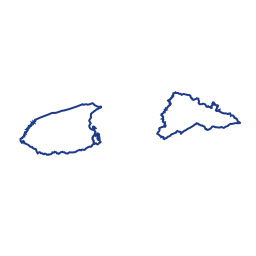 Sucre, Manabi, Ecuador, rotated 56°
{"feature_id": "8360857B16036105102773", "entity_name": "Sucre", "entity_type": "district", "adm_level": 2, "iso_a3": "ECU", "parent_name": "Ecuador", "parent_adm1": "Manabi", "projection": "natural_earth1", "projection_center": [-80.333, -0.56], "detail": "fine", "context": "isolated", "style": "outline", "palette": "blue", "viewbox_px": 256, "rotation_deg": 56, "n_neighbors": 0, "source": "geoboundaries", "source_scale": "gbopen_adm2", "svg_char_len": 5762}
<svg xmlns="http://www.w3.org/2000/svg" viewBox="0 0 256 256"><g transform="rotate(56 128 128)"><path d="M76.9,223.1L78.6,224.3L81.0,224.2L81.1,223.0L80.8,222.6L80.2,222.5L80.3,221.9L81.7,222.0L82.7,222.5L83.0,222.0L83.8,221.6L86.3,220.1L88.9,219.5L90.1,218.1L91.0,218.3L92.9,217.4L93.0,216.9L94.2,216.2L96.3,216.9L98.5,217.0L98.4,215.1L99.1,214.5L100.2,214.4L100.9,213.4L102.5,212.6L102.7,212.2L102.6,211.5L103.2,210.9L104.4,210.1L105.0,210.1L105.4,208.8L105.9,208.6L106.1,207.6L106.6,206.6L106.4,204.5L106.0,204.2L107.0,203.0L107.1,202.5L106.8,202.1L108.3,200.9L109.4,201.1L110.2,199.8L110.7,199.7L110.5,197.5L110.6,196.9L111.0,196.3L111.0,195.7L112.0,195.2L112.4,194.4L114.3,193.7L115.5,192.2L115.3,191.8L115.5,190.0L116.9,188.2L118.5,185.2L118.6,182.3L119.1,180.9L119.1,180.2L120.3,179.4L120.2,178.6L120.6,177.5L121.6,176.7L121.8,176.0L121.5,173.9L121.6,171.4L122.1,169.9L122.7,169.5L122.9,168.9L122.8,168.1L122.3,167.6L122.0,166.4L122.0,165.2L119.1,163.8L117.5,163.7L116.2,163.1L115.4,161.7L114.9,159.7L112.8,157.1L111.2,157.3L110.2,157.8L108.8,159.0L107.8,159.4L106.7,159.6L105.3,159.3L104.3,158.7L103.2,156.3L100.7,156.2L100.0,155.9L98.6,152.8L97.3,152.1L95.7,150.8L95.3,149.3L95.4,148.3L95.1,146.4L95.3,145.4L94.9,143.6L95.4,142.8L95.4,140.8L95.8,139.2L95.8,138.7L95.3,138.4L95.0,138.6L94.3,140.2L93.2,141.3L90.8,142.7L89.3,143.2L88.5,143.1L87.6,143.6L86.8,146.9L86.0,148.5L84.9,149.4L83.7,152.1L82.9,152.4L81.5,158.6L79.5,165.9L77.6,171.6L76.9,172.7L75.4,178.4L74.8,180.0L73.6,181.6L72.9,183.1L72.4,186.1L70.4,194.4L69.3,200.5L69.6,200.9L70.3,200.8L70.5,201.0L70.5,201.3L70.1,201.8L70.5,202.3L71.0,202.5L70.2,202.8L70.8,203.0L71.1,203.6L70.1,203.3L70.1,203.6L70.6,203.6L70.7,204.0L70.5,204.5L70.1,204.7L70.6,204.8L70.9,206.1L71.5,206.1L71.4,206.5L70.8,206.6L71.1,207.3L71.8,206.7L72.1,207.2L71.7,208.2L71.1,208.8L71.8,209.0L71.5,209.4L72.0,209.7L72.2,210.1L71.8,210.1L71.7,210.3L72.3,210.8L72.0,211.4L72.1,211.8L72.6,211.4L72.5,212.5L72.8,212.2L73.3,212.5L73.4,212.0L73.8,212.4L74.1,213.3L74.0,214.1L74.3,214.3L74.2,214.7L74.5,214.8L74.4,215.1L74.7,215.5L74.3,215.8L74.8,216.1L74.8,215.8L75.3,216.0L74.7,216.4L75.3,216.9L75.2,217.5L75.8,218.2L76.5,218.0L76.7,218.7L77.0,218.8L76.6,219.9L76.8,220.2L76.8,221.2L77.2,221.4L76.9,221.9L77.0,222.4L76.9,223.1ZM186.7,31.7L185.8,32.5L184.8,32.7L184.2,33.3L181.7,32.8L180.7,33.2L180.3,33.1L179.9,33.6L179.2,34.1L178.3,34.0L178.2,33.7L176.4,33.9L176.0,34.3L175.8,34.9L175.1,35.4L175.2,35.8L173.0,35.2L172.5,36.1L172.4,37.3L170.8,38.5L169.9,39.7L169.7,40.2L169.2,40.4L168.8,41.0L165.3,43.0L164.1,41.9L163.9,42.7L163.9,44.2L163.4,45.1L162.5,45.3L162.3,45.1L162.2,44.4L161.9,44.3L161.0,42.6L160.7,42.6L160.7,42.1L160.0,41.1L159.3,41.6L159.1,41.4L158.8,42.1L158.3,42.2L157.2,43.1L157.2,42.6L156.2,42.6L155.5,43.2L155.6,42.7L154.9,42.7L154.8,43.0L155.0,43.3L154.4,43.1L154.3,43.4L155.9,44.7L156.0,45.4L156.5,45.8L156.5,46.9L158.1,47.3L158.1,47.6L157.6,48.1L157.1,48.2L157.4,47.5L156.8,47.5L156.5,48.3L155.5,49.4L154.7,49.4L154.8,50.5L154.2,51.0L151.8,50.8L150.4,51.5L149.6,52.6L149.6,53.4L148.3,55.4L146.6,55.4L146.2,54.6L145.4,54.0L144.3,54.0L143.0,53.3L141.8,54.4L141.9,55.3L141.4,57.8L140.8,58.4L140.4,58.7L139.4,58.2L138.4,58.9L137.8,58.9L136.7,58.3L135.0,58.7L133.9,60.1L130.9,62.8L130.4,65.1L129.3,65.2L128.5,65.9L128.3,66.5L127.0,66.9L125.7,68.6L125.2,68.7L125.4,69.1L125.0,69.5L124.6,71.1L126.2,72.1L125.9,72.3L126.0,73.2L126.8,73.5L127.0,73.3L127.2,73.6L126.9,74.4L127.1,75.4L127.6,75.4L127.7,76.2L127.6,76.6L128.0,77.2L127.7,77.6L128.0,78.1L127.5,78.9L127.6,79.5L128.2,79.4L128.8,78.6L129.3,78.7L129.4,79.2L130.3,78.9L130.6,79.1L130.8,78.9L131.6,79.0L131.4,79.7L131.7,79.7L131.6,80.0L132.4,80.5L132.2,80.9L132.6,82.2L132.6,83.2L133.0,83.5L133.3,84.5L133.1,85.5L132.8,85.7L133.1,86.1L133.2,85.8L133.8,85.7L133.8,86.1L134.0,86.1L133.8,86.4L134.1,86.6L133.9,86.8L134.1,87.1L133.9,87.4L134.4,87.5L134.6,88.4L135.0,88.6L134.8,89.0L135.3,89.1L135.1,89.4L135.4,91.4L135.2,92.3L136.0,92.7L136.0,93.1L136.4,93.0L136.4,92.6L137.0,93.0L137.6,92.5L138.6,92.7L139.0,93.4L139.5,93.5L139.5,94.4L139.8,94.1L140.5,94.0L140.5,94.3L141.3,94.5L142.1,95.6L143.3,95.3L144.0,94.1L144.6,94.6L145.6,95.7L146.0,95.3L146.6,95.7L147.3,95.7L147.7,96.7L146.6,97.6L146.6,98.8L146.1,99.7L145.7,101.9L146.2,102.7L147.2,102.8L148.0,103.8L148.5,105.9L149.1,106.9L151.5,105.9L152.4,105.9L153.5,105.2L154.2,105.6L154.6,104.3L155.1,103.8L155.8,103.8L156.8,104.6L157.6,104.0L157.4,102.9L157.8,102.1L157.8,101.3L157.5,99.8L158.1,98.1L157.6,95.6L158.6,90.9L158.2,90.4L158.3,89.7L158.0,88.8L159.1,88.3L160.5,86.8L161.8,87.2L161.8,86.6L162.2,86.7L161.9,85.3L162.0,85.0L161.8,82.6L162.1,82.1L162.1,79.2L162.6,75.4L162.7,71.9L162.4,71.2L162.8,69.6L162.5,69.3L162.4,68.5L164.0,67.3L164.7,67.4L165.2,66.8L166.1,66.5L166.9,65.9L167.1,65.2L168.2,64.9L168.9,64.2L170.4,63.9L171.3,64.3L172.2,64.3L172.5,63.7L172.8,63.8L173.0,63.5L173.9,63.4L174.0,63.0L174.3,62.7L174.7,59.8L174.2,58.5L174.0,57.2L174.4,56.4L175.4,55.5L175.8,55.5L178.9,51.8L179.4,49.9L180.5,49.4L181.3,48.6L181.5,48.2L181.6,45.9L182.1,44.4L181.8,42.6L181.9,40.9L183.2,38.5L183.9,36.4L186.1,33.3L186.7,31.7ZM119.0,158.9L118.5,158.1L117.4,157.9L115.6,157.2L115.6,158.2L116.0,158.9L115.4,158.8L115.3,159.9L115.5,161.0L116.3,162.8L117.5,163.4L119.2,163.5L122.0,164.9L122.5,164.7L122.7,163.1L123.7,162.9L124.6,162.4L124.6,161.5L124.3,160.3L124.5,158.8L124.3,158.5L122.3,158.7L121.2,159.4L119.9,159.4L119.0,158.9ZM117.1,155.6L116.3,155.6L115.4,156.4L116.7,157.4L118.7,157.9L119.5,158.9L121.0,159.1L122.1,158.5L121.8,158.0L120.0,157.0L118.9,156.7L117.1,155.6ZM109.1,157.1L109.4,156.9L109.4,156.1L109.0,156.0L108.3,155.4L107.3,156.0L107.4,156.4L108.1,156.9L109.1,157.1ZM109.4,156.0L110.0,155.7L110.1,155.0L108.6,155.3L108.9,155.8L109.4,156.0Z" fill="none" stroke="#1e3a8a" stroke-width="2"/></g></svg>